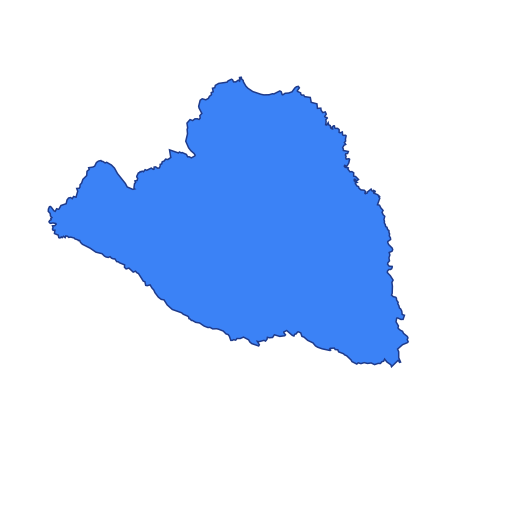 the district of Ankazobe, Analamanga, Madagascar, rotated 322°
{"feature_id": "10022922B97289291498871", "entity_name": "Ankazobe", "entity_type": "district", "adm_level": 2, "iso_a3": "MDG", "parent_name": "Madagascar", "parent_adm1": "Analamanga", "projection": "robinson", "projection_center": [47.026, -18.235], "detail": "fine", "context": "isolated", "style": "filled", "palette": "blue", "viewbox_px": 512, "rotation_deg": 322, "n_neighbors": 0, "source": "geoboundaries", "source_scale": "gbopen_adm2", "svg_char_len": 6122}
<svg xmlns="http://www.w3.org/2000/svg" viewBox="0 0 512 512"><g transform="rotate(322 256 256)"><path d="M372.2,325.9L373.1,324.5L373.4,322.2L374.9,320.8L375.2,319.5L376.4,317.8L376.0,316.2L376.9,314.0L376.3,312.6L377.2,310.9L377.5,308.9L378.7,307.6L379.3,306.0L381.9,304.0L381.6,301.9L382.2,299.2L384.2,298.3L384.0,294.9L384.6,292.0L383.3,290.4L389.2,286.6L389.2,285.0L390.0,285.1L389.6,282.6L387.5,278.9L387.9,278.2L389.2,278.8L389.8,278.4L389.1,276.7L388.2,277.0L387.5,276.2L387.9,274.1L383.1,274.2L382.6,274.8L380.5,274.2L380.5,273.5L382.0,272.7L381.8,270.8L379.4,268.5L378.9,266.1L379.5,264.4L378.7,263.3L378.8,260.4L379.2,259.6L380.8,260.2L379.7,257.3L380.6,256.1L381.2,256.3L381.6,258.8L383.9,258.8L383.4,254.7L382.1,253.2L384.2,250.6L383.5,248.5L381.9,247.5L381.9,244.2L383.0,243.4L380.9,241.1L380.9,239.5L381.8,239.2L382.6,240.9L383.2,241.1L386.4,239.8L389.3,237.4L389.1,236.5L386.8,235.3L387.3,233.6L388.4,232.9L388.6,231.5L389.6,230.7L391.3,231.6L393.1,230.5L389.8,226.6L390.7,225.4L390.9,224.0L393.5,222.9L395.4,223.3L395.5,221.0L397.4,220.6L398.4,219.0L401.0,216.8L400.9,216.0L399.1,214.7L398.9,213.7L400.4,211.4L398.2,210.7L397.6,209.8L399.3,207.6L398.9,205.7L397.0,204.2L397.0,203.3L397.9,201.7L397.4,201.2L395.3,201.2L394.7,203.1L394.3,202.9L393.7,201.0L394.8,198.9L394.0,197.3L394.9,195.4L392.4,196.3L391.7,195.4L394.0,193.3L394.9,191.6L397.1,191.2L397.2,190.6L396.0,189.3L396.1,188.3L398.7,187.5L399.3,185.1L396.9,184.1L397.0,181.3L398.1,179.4L395.3,177.5L397.7,173.6L394.1,168.9L396.4,164.5L392.4,160.3L392.7,158.6L391.1,157.4L390.9,156.2L391.6,154.9L390.0,151.8L390.4,151.1L393.7,150.2L393.8,148.4L392.0,147.5L390.0,147.5L385.5,148.8L382.1,147.7L379.1,145.7L376.4,145.5L376.0,145.0L377.0,142.0L376.4,140.6L369.9,139.3L368.9,138.3L365.6,137.0L361.4,133.9L359.5,131.7L354.7,124.4L352.9,118.9L352.6,115.9L353.3,111.0L354.0,109.7L353.6,107.9L354.4,106.0L352.9,105.2L352.3,106.2L353.2,106.8L352.0,107.0L350.7,108.1L350.3,106.5L347.3,106.4L345.5,105.0L346.0,102.6L345.5,101.6L341.8,100.8L340.2,101.2L332.8,97.0L329.0,96.5L327.1,98.0L325.0,97.0L323.4,100.2L321.3,99.7L320.2,101.5L317.6,101.5L315.5,102.5L312.6,102.0L310.4,99.0L307.9,98.9L303.0,102.7L302.2,104.4L301.1,110.3L298.2,110.8L296.9,113.0L295.2,113.3L294.2,111.7L292.3,110.3L289.5,110.3L288.0,107.9L283.4,108.8L281.0,113.0L279.7,113.8L277.2,117.6L271.3,122.3L269.5,129.3L269.5,133.0L270.3,137.1L270.1,139.1L269.4,139.5L265.5,138.9L264.5,136.8L263.2,135.7L263.7,133.1L261.5,129.0L260.6,128.7L259.7,126.9L258.3,127.0L253.2,119.1L249.5,125.9L245.9,125.7L244.4,124.0L242.1,124.6L240.1,124.0L238.3,125.4L236.9,124.8L236.0,126.0L234.2,127.1L232.6,126.4L231.8,124.0L230.5,123.2L228.9,124.8L228.3,124.4L227.6,122.2L222.6,121.2L221.8,119.7L219.2,120.3L218.5,119.0L217.0,118.9L216.7,118.2L215.3,118.5L214.5,118.1L211.4,119.6L210.7,120.2L210.6,121.9L208.8,123.3L206.8,122.3L206.4,123.9L204.8,124.2L202.2,126.7L201.4,127.8L201.6,128.4L200.0,127.7L197.0,122.3L197.7,118.4L197.6,105.8L198.6,99.6L198.1,95.3L196.0,90.2L194.4,89.8L193.5,87.1L192.6,86.3L192.6,85.3L190.2,84.2L187.8,84.1L184.1,85.9L182.0,85.4L178.5,83.4L177.9,85.1L175.0,85.2L172.1,88.4L166.8,89.0L163.4,91.2L161.3,91.5L159.7,93.3L158.4,93.8L156.3,92.4L155.4,95.2L150.4,98.8L148.9,96.8L146.5,97.7L145.9,95.8L144.0,94.9L141.6,95.5L138.6,97.9L133.4,96.1L129.7,97.7L129.0,97.5L128.0,96.0L125.2,97.2L124.6,96.0L124.7,91.4L124.4,90.3L123.6,90.0L121.3,91.2L119.8,92.9L120.0,95.8L118.7,97.8L118.8,100.1L117.5,100.0L116.9,101.3L115.3,101.0L113.9,101.6L113.8,102.9L114.3,103.9L116.3,104.9L118.3,107.2L118.1,107.9L116.0,108.2L114.2,106.9L113.4,108.8L112.2,109.4L111.9,110.9L113.4,111.9L111.0,114.2L113.0,117.8L111.9,120.1L112.6,121.1L114.3,121.1L114.5,122.2L116.5,122.0L116.9,124.0L118.4,123.1L119.7,124.5L119.8,126.0L121.6,127.0L123.8,129.9L123.8,131.0L125.6,133.6L125.5,134.5L126.6,135.1L126.1,137.2L126.4,139.9L130.1,147.7L132.2,154.4L136.1,159.4L136.5,162.7L137.2,164.4L138.7,166.2L140.6,166.7L140.8,168.7L141.7,170.3L143.0,171.3L142.8,174.7L144.0,175.9L144.2,177.2L147.0,182.1L145.4,183.9L145.7,186.2L148.4,187.3L149.3,193.1L151.7,193.8L151.8,195.8L152.6,197.5L151.7,206.4L152.6,207.9L151.0,211.2L152.0,212.4L154.8,213.6L154.3,217.0L154.5,219.9L153.8,222.7L153.7,228.3L154.6,231.8L156.5,233.9L155.9,239.9L157.1,246.6L162.4,254.9L162.8,257.1L165.2,261.5L165.3,262.7L164.6,264.1L165.3,265.2L165.4,267.0L166.2,267.6L167.6,271.1L170.3,274.0L172.0,279.3L174.1,282.8L175.8,283.9L177.0,286.8L180.1,289.0L181.4,290.6L184.0,295.0L184.4,298.9L185.7,300.8L185.6,302.8L184.2,307.0L185.4,307.9L186.9,308.2L188.2,309.8L190.2,309.3L192.7,311.3L196.2,312.2L198.6,317.5L198.2,319.9L198.7,322.4L202.7,328.5L204.0,328.0L204.5,324.1L205.5,325.3L210.4,327.4L211.1,328.9L213.4,328.4L214.9,327.1L216.2,328.7L218.9,330.4L222.0,329.4L225.2,334.0L229.5,336.5L230.7,336.3L230.7,333.7L231.1,333.0L234.3,333.6L235.7,340.8L236.6,342.4L238.2,341.5L239.7,342.1L241.8,341.5L242.7,341.8L243.9,344.1L242.7,347.6L243.9,349.5L244.8,354.3L247.4,359.5L247.5,363.4L248.4,365.8L251.0,369.9L256.2,376.1L256.9,376.1L256.8,374.6L257.6,374.4L261.0,376.8L260.8,378.5L262.7,380.2L262.1,382.4L264.8,386.9L264.9,388.4L266.0,390.3L266.9,396.5L266.6,398.3L268.9,403.2L270.8,403.1L272.4,405.4L275.6,406.6L277.7,409.3L280.9,411.2L282.6,414.6L286.1,415.8L287.9,417.3L290.2,416.8L291.8,417.5L293.9,416.4L293.9,420.1L295.3,424.7L294.6,426.7L303.6,425.7L303.9,426.0L303.6,428.2L304.6,428.6L305.8,424.1L309.5,419.3L310.2,416.5L316.9,416.1L322.0,417.5L323.1,417.3L323.7,414.9L325.3,414.1L325.7,412.6L324.6,407.8L325.1,405.5L324.1,403.5L323.5,400.8L323.7,400.0L325.2,398.8L325.8,394.1L328.6,391.6L329.5,392.0L331.1,395.2L332.9,396.5L336.5,394.1L335.2,392.1L336.9,389.2L337.4,386.7L337.0,385.4L338.0,383.1L338.4,380.8L339.5,380.0L339.6,377.4L340.7,375.6L340.7,374.5L339.1,372.5L338.7,370.3L340.4,369.2L344.9,363.8L346.8,360.5L349.2,359.4L349.7,354.3L349.3,349.9L350.3,348.8L352.3,348.4L353.6,349.4L355.0,349.6L356.7,348.5L356.9,348.0L354.7,346.1L354.6,343.5L355.8,342.5L358.2,342.0L359.6,339.3L362.1,337.6L363.1,335.2L366.1,336.0L367.6,335.2L368.2,333.6L367.6,328.7L368.1,326.5L368.8,325.7L372.2,325.9Z" fill="#3b82f6" stroke="#1e3a8a" stroke-width="1.5"/></g></svg>